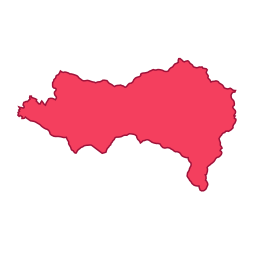 the district of São Carlos, São Paulo, Brazil, rotated 267°
{"feature_id": "56859067B32225798808960", "entity_name": "São Carlos", "entity_type": "district", "adm_level": 2, "iso_a3": "BRA", "parent_name": "Brazil", "parent_adm1": "São Paulo", "projection": "orthographic", "projection_center": [-47.873, -21.879], "detail": "fine", "context": "isolated", "style": "filled", "palette": "rose", "viewbox_px": 256, "rotation_deg": 267, "n_neighbors": 0, "source": "geoboundaries", "source_scale": "gbopen_adm2", "svg_char_len": 5316}
<svg xmlns="http://www.w3.org/2000/svg" viewBox="0 0 256 256"><g transform="rotate(267 128 128)"><path d="M105.6,74.7L106.4,75.4L107.3,75.8L108.8,77.0L110.0,78.8L111.0,80.0L111.6,81.8L112.6,83.4L112.9,85.6L112.9,87.1L113.0,89.4L112.7,90.7L104.1,100.9L104.5,102.9L105.0,104.7L106.7,105.3L107.7,105.7L108.9,106.5L110.1,107.8L111.2,108.5L112.2,109.9L113.5,110.2L114.7,111.4L116.1,112.3L117.3,113.7L118.6,114.2L119.5,115.7L119.4,117.3L119.5,119.5L119.8,121.1L120.6,122.7L121.0,124.3L120.8,126.5L121.5,127.6L122.2,129.1L121.9,131.2L121.5,133.0L121.0,134.5L119.7,136.1L118.2,136.3L117.2,136.7L116.2,137.1L115.3,138.0L114.0,139.0L112.4,139.6L113.2,140.9L114.5,142.3L114.6,143.8L115.1,145.2L115.3,146.4L115.0,147.9L113.6,149.9L112.7,150.9L111.9,152.6L111.4,154.2L111.0,155.8L111.0,157.1L110.7,158.2L110.3,159.2L108.4,160.2L106.7,161.7L106.1,163.3L106.1,164.5L106.4,166.1L106.1,167.6L105.7,168.8L104.9,169.7L104.3,170.8L103.6,171.8L102.6,172.8L101.8,174.1L101.8,175.7L101.2,177.2L100.6,178.3L99.4,179.2L98.0,180.0L97.2,180.7L96.4,182.0L95.9,183.2L95.4,184.7L95.3,186.5L93.7,186.6L92.4,187.1L91.4,187.5L90.0,188.9L88.5,189.2L87.0,188.9L85.5,188.0L83.9,187.2L82.6,186.9L81.5,186.1L80.0,185.1L78.3,184.8L77.0,184.5L75.7,185.1L73.6,186.4L72.4,186.9L71.5,187.8L70.5,188.4L69.3,189.0L68.5,189.8L67.4,191.0L66.8,192.6L66.5,194.0L66.3,195.9L64.8,196.0L63.2,196.5L62.2,196.8L61.4,198.2L61.4,200.3L62.1,201.5L62.7,202.4L63.8,203.1L65.5,203.9L67.1,204.7L68.7,204.6L70.0,204.0L70.9,203.6L71.8,202.7L73.7,203.4L75.9,203.3L77.2,202.7L77.5,203.9L80.5,205.0L82.9,205.3L84.3,204.9L85.3,205.6L86.3,206.9L87.1,208.2L88.0,209.2L88.7,210.4L90.0,212.0L91.4,213.1L92.8,213.9L93.9,215.2L94.3,217.1L95.4,218.6L96.7,219.8L98.3,220.4L99.6,220.0L100.5,218.8L102.1,219.6L103.0,220.9L104.5,220.3L105.7,219.4L106.9,219.3L108.4,219.5L110.0,219.0L112.6,218.3L114.0,219.2L115.0,219.9L116.0,221.0L117.4,221.9L118.2,223.2L118.4,224.4L119.6,225.3L119.7,227.1L119.4,228.2L120.1,229.5L120.8,230.8L121.6,231.7L122.7,232.9L124.0,232.8L125.0,233.2L126.1,233.8L127.2,234.9L129.0,235.8L130.1,236.2L131.2,236.2L132.0,234.8L133.4,234.9L134.4,235.6L134.7,234.4L135.8,234.9L137.1,235.9L138.4,236.3L139.8,236.0L141.0,235.0L141.9,234.3L143.3,233.6L144.5,234.3L145.1,235.2L146.4,235.5L148.6,235.3L149.9,234.8L151.6,233.3L153.0,232.7L155.3,232.6L156.8,233.3L157.9,234.2L158.3,235.2L158.3,236.6L159.8,237.3L159.9,236.1L160.5,234.5L161.7,233.3L162.4,232.1L162.0,230.9L161.8,229.5L162.2,228.1L163.0,226.2L164.7,225.4L165.9,224.6L166.9,223.3L168.1,221.5L169.5,220.6L170.3,219.1L170.4,217.8L170.1,216.6L170.1,214.7L169.6,213.2L170.8,212.7L171.9,212.2L173.3,210.8L174.3,210.4L175.7,210.9L176.8,210.4L177.9,209.6L179.2,209.0L180.6,209.5L181.9,210.2L183.0,209.3L183.3,208.2L183.8,205.9L185.1,205.2L185.0,203.6L185.2,202.3L184.7,201.1L184.6,199.4L185.1,198.0L185.7,196.5L187.5,195.6L188.6,194.3L189.4,193.3L190.9,192.4L192.0,191.3L191.7,189.3L191.1,187.6L191.8,186.4L193.0,185.4L194.6,183.6L194.6,182.3L193.4,181.8L192.1,181.6L191.0,181.7L190.2,180.3L189.5,178.2L188.3,177.0L186.7,175.8L186.0,174.2L185.1,173.0L184.3,172.2L182.9,171.3L182.4,169.9L182.5,168.5L182.8,167.1L183.7,165.7L184.1,164.6L184.4,163.5L184.7,162.1L184.8,160.8L184.4,159.0L184.6,157.4L185.0,156.3L184.6,155.2L184.1,154.1L183.6,152.5L182.7,151.0L182.4,149.6L182.1,147.8L182.1,146.3L181.9,144.8L181.1,143.5L179.9,143.5L179.1,142.8L178.6,141.7L178.2,139.7L177.5,138.0L176.7,137.2L175.8,136.3L174.0,135.4L172.7,133.8L172.4,131.6L171.2,130.2L170.0,129.2L168.9,127.9L169.1,126.7L170.1,125.7L170.6,124.3L171.3,122.8L171.1,121.7L171.1,120.0L170.9,118.2L170.1,116.9L170.9,115.5L172.1,114.2L172.8,113.0L173.6,111.6L174.5,110.8L176.4,109.5L176.7,108.2L177.0,106.7L177.0,105.3L176.3,104.3L175.6,102.3L175.6,100.4L175.2,99.1L174.9,97.8L175.5,96.8L175.9,95.0L176.6,93.2L177.3,91.5L177.7,89.9L177.5,88.3L177.4,87.1L177.5,85.8L178.3,84.3L179.2,83.4L180.0,82.3L180.9,81.4L182.0,80.7L182.9,79.7L183.5,78.4L183.9,77.3L184.4,76.1L185.0,74.0L185.1,72.7L186.1,71.3L186.8,69.5L187.2,67.9L186.9,66.4L187.4,64.9L188.5,63.5L186.2,62.3L184.9,61.2L184.5,60.1L184.0,59.1L182.9,58.7L181.5,58.2L180.3,56.6L178.7,56.2L177.2,55.1L174.3,54.9L173.0,55.0L171.8,56.0L171.4,57.7L170.5,58.3L169.2,57.9L167.8,56.5L166.8,56.3L165.7,56.4L164.5,56.8L163.1,57.9L161.8,58.1L160.0,57.0L161.1,55.1L161.6,53.7L161.7,52.0L161.3,50.3L160.4,49.8L158.6,48.6L157.2,47.6L155.1,46.8L156.0,45.6L158.1,44.3L159.5,43.3L158.5,42.5L156.6,41.4L156.9,40.0L158.3,39.1L159.6,37.8L161.2,38.3L162.1,36.9L162.9,35.0L163.5,33.3L164.9,33.2L165.0,31.7L163.4,31.3L162.0,31.7L161.0,30.3L159.6,29.0L159.9,27.7L159.4,26.6L159.0,25.3L157.8,24.8L156.4,24.4L155.0,25.4L153.8,25.3L153.4,24.2L154.0,22.7L154.1,21.6L154.7,20.2L152.5,21.2L151.6,19.8L150.3,20.5L149.3,19.0L148.0,19.4L146.6,18.7L145.3,19.9L146.1,21.0L144.8,22.9L143.1,22.6L143.0,24.0L143.3,25.2L144.3,26.1L142.8,27.7L142.1,28.7L141.3,29.7L140.3,31.0L140.0,32.5L139.5,34.5L139.0,35.7L138.3,36.8L137.5,38.0L136.8,39.1L136.0,40.3L135.1,41.1L134.3,41.8L133.6,42.6L132.2,44.4L131.3,46.0L130.9,47.3L129.8,48.5L128.7,49.3L127.2,49.7L126.1,50.0L124.9,51.2L123.6,53.6L123.3,55.4L123.2,58.0L122.8,60.3L121.9,63.1L121.8,64.7L121.9,66.0L120.4,66.4L118.9,67.1L117.3,68.0L115.4,67.9L113.8,68.6L112.8,69.2L111.7,69.7L109.5,70.3L108.6,71.1L108.0,72.3L107.1,72.7L106.1,73.4L105.6,74.7Z" fill="#f43f5e" stroke="#9f1239" stroke-width="1.5"/></g></svg>